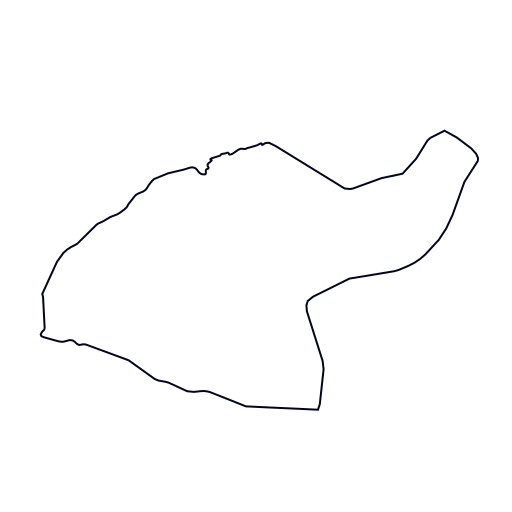 outline of Gedarif, rotated 98°
{"feature_id": "SDN-876", "entity_name": "Gedarif", "entity_type": "State", "adm_level": 1, "iso_a3": "SDN", "parent_name": "Sudan", "parent_adm1": "", "projection": "equal_earth", "projection_center": [34.825, 14.186], "detail": "fine", "context": "isolated", "style": "outline", "palette": "ink", "viewbox_px": 512, "rotation_deg": 98, "n_neighbors": 0, "source": "natural_earth", "source_scale": "10m", "svg_char_len": 2275}
<svg xmlns="http://www.w3.org/2000/svg" viewBox="0 0 512 512"><g transform="rotate(98 256 256)"><path d="M397.7,311.3L393.6,324.9L393.2,327.6L392.9,335.3L391.9,339.2L377.0,367.6L367.3,412.4L367.5,415.0L368.3,417.2L368.6,418.3L368.6,419.5L367.7,421.5L366.2,423.5L365.1,425.8L365.2,428.8L367.5,434.3L368.0,436.3L368.0,439.6L366.0,454.7L365.2,457.4L363.6,458.3L360.8,457.3L359.9,456.6L359.3,456.0L358.7,455.6L357.4,455.3L356.6,455.3L326.1,461.2L323.5,462.3L323.3,462.4L323.1,462.3L289.5,452.3L279.8,447.2L275.8,443.8L272.8,440.3L270.1,436.4L268.6,434.6L247.1,418.2L246.0,417.0L242.9,412.2L237.7,405.7L234.1,399.3L232.3,397.0L228.2,392.8L225.8,390.9L224.0,390.1L222.9,389.8L213.4,384.3L212.0,383.2L211.3,382.3L210.6,381.4L207.9,376.8L206.6,375.3L205.6,374.4L204.4,373.7L200.6,372.0L196.3,369.5L194.0,367.7L186.3,354.5L180.6,339.8L177.9,334.1L177.4,332.9L177.1,331.5L177.1,330.0L177.4,328.7L177.9,327.6L179.4,325.8L180.2,325.1L181.0,324.2L181.7,323.2L182.2,322.0L182.5,320.7L182.5,319.3L182.3,318.4L182.0,317.4L181.3,317.2L180.3,317.2L179.2,317.5L178.1,317.6L177.1,317.2L176.3,315.7L175.6,315.3L175.1,315.3L173.4,316.5L172.1,316.6L170.9,316.1L169.0,314.3L168.0,313.5L167.4,313.3L166.8,314.5L166.2,314.5L165.3,313.3L161.8,305.9L161.2,305.2L160.3,304.8L159.7,304.0L159.3,302.7L158.8,301.0L157.7,298.8L157.7,298.0L158.1,297.4L158.6,297.1L158.9,296.9L159.2,296.5L159.2,295.8L158.8,294.9L157.9,293.3L153.5,288.6L152.5,287.2L151.9,285.9L151.8,285.0L151.6,282.2L151.5,281.5L151.3,281.1L150.1,279.3L149.5,277.5L146.3,270.5L145.7,269.6L144.1,267.4L143.8,266.7L143.9,266.1L144.1,265.9L145.0,265.6L145.1,265.3L145.0,264.9L144.4,264.2L143.8,263.6L143.0,262.6L142.5,261.1L142.1,258.8L144.4,251.8L176.8,177.7L176.6,172.4L175.8,169.6L161.4,142.5L154.4,123.1L154.2,122.6L153.8,122.1L137.3,110.9L117.8,102.3L114.7,99.7L105.7,86.8L110.7,73.7L119.5,57.8L124.1,52.3L128.2,49.7L131.1,49.6L153.5,59.9L188.1,67.1L202.4,71.5L214.5,77.2L230.7,88.4L236.1,93.1L240.5,98.0L244.3,103.3L249.8,112.5L251.7,116.6L265.4,160.4L288.4,193.9L293.4,198.5L297.9,199.2L303.7,197.9L350.7,175.4L358.8,173.3L393.8,172.2L399.6,173.2L400.8,186.3L402.4,203.4L404.0,220.2L406.3,245.1L397.3,282.1L396.9,285.0L396.9,288.4L397.5,291.8L399.2,298.5L399.5,305.3L397.7,311.3Z" fill="none" stroke="#020617" stroke-width="2"/></g></svg>